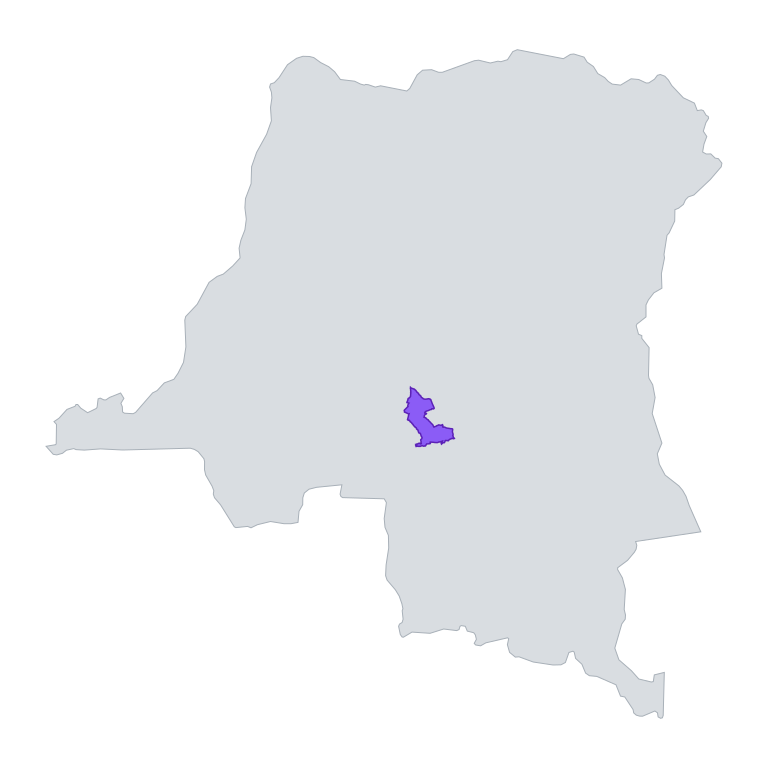 Dimbelenge, Kasaï-Occidental, Democratic Republic of the Congo shown in context
{"feature_id": "63176286B75664078742838", "entity_name": "Dimbelenge", "entity_type": "district", "adm_level": 2, "iso_a3": "COD", "parent_name": "Democratic Republic of the Congo", "parent_adm1": "Kasaï-Occidental", "projection": "orthographic", "projection_center": [22.979, -5.024], "detail": "fine", "context": "in_parent", "style": "filled", "palette": "violet", "viewbox_px": 768, "rotation_deg": 0, "n_neighbors": 0, "source": "geoboundaries", "source_scale": "gbopen_adm2", "svg_char_len": 9185}
<svg xmlns="http://www.w3.org/2000/svg" viewBox="0 0 768 768"><path d="M700.8,531.8L635.6,541.5L636.8,545.3L636.1,549.2L634.4,552.2L627.6,560.3L617.7,567.7L617.6,569.5L622.4,577.9L625.4,589.4L624.2,609.5L625.5,615.0L625.2,619.2L621.8,623.9L614.8,648.1L618.9,659.8L631.5,670.8L638.8,679.0L651.3,682.0L653.3,681.6L654.3,674.9L664.3,672.4L663.2,715.4L662.4,717.8L660.6,718.3L658.1,716.9L657.5,712.8L654.9,711.0L642.6,716.2L639.5,716.1L636.2,715.1L633.7,712.9L633.1,709.6L624.8,697.0L620.5,696.1L616.0,684.8L596.8,676.4L589.4,675.7L585.6,673.1L581.9,664.2L575.6,658.4L574.2,652.1L572.9,651.2L568.9,652.5L565.4,662.5L561.0,664.8L553.1,665.0L533.2,662.0L519.0,656.8L515.3,657.1L509.6,652.4L507.4,644.7L508.7,638.7L507.6,637.8L485.9,642.8L480.6,645.8L475.7,645.0L474.2,643.4L476.4,639.3L475.3,634.8L473.7,632.7L467.3,631.1L465.3,626.3L461.3,625.6L460.0,626.3L459.0,629.6L456.7,630.6L443.7,629.0L430.1,633.3L412.0,632.1L403.4,637.2L402.1,637.0L400.3,634.5L398.6,626.3L399.5,624.1L402.1,622.5L403.1,619.2L402.2,610.7L402.9,608.7L401.9,603.8L399.2,596.0L395.3,589.7L387.1,580.1L385.6,575.7L386.1,565.0L388.7,548.0L388.4,535.4L385.0,527.3L384.2,518.5L386.4,502.6L384.2,498.8L342.6,497.6L340.9,496.4L340.1,494.2L341.9,484.8L316.6,487.3L309.0,489.2L304.3,493.0L302.8,497.8L302.7,504.7L299.0,511.3L298.0,522.4L291.0,523.7L284.0,523.7L270.5,521.5L257.4,524.7L251.0,527.8L247.6,526.4L235.9,527.6L234.3,526.8L220.6,504.9L214.5,497.7L213.3,494.1L213.8,490.7L212.1,486.2L205.7,475.0L204.5,469.7L204.6,461.5L203.9,458.7L198.2,451.7L194.4,449.4L190.3,448.2L122.7,450.0L100.5,448.9L84.3,450.1L76.0,449.6L73.8,448.6L66.4,450.2L62.5,453.3L56.8,454.9L53.2,454.3L46.1,446.3L55.5,444.7L56.2,443.9L56.5,424.4L54.0,421.6L59.0,418.2L67.0,409.4L75.0,406.3L76.0,404.5L77.7,404.5L80.7,408.1L87.6,412.7L96.2,408.5L97.1,407.3L98.1,398.9L100.2,398.1L103.9,399.9L105.9,399.9L109.6,397.4L120.6,393.0L123.9,398.4L120.9,403.3L122.3,406.7L122.6,412.0L124.5,413.2L133.1,413.7L135.6,412.4L152.6,392.9L157.1,390.6L164.3,382.9L173.9,379.3L178.0,373.3L183.5,362.4L185.9,346.9L184.8,320.1L185.7,316.5L197.2,304.3L209.1,282.3L217.2,276.4L223.3,274.1L232.7,266.0L240.1,257.9L239.1,248.2L240.9,240.2L244.9,229.9L246.3,219.2L244.9,207.8L245.5,198.5L251.1,183.7L251.6,166.7L256.6,152.4L266.6,134.3L271.4,120.8L270.5,107.6L271.9,97.8L271.4,92.1L269.6,87.1L270.5,84.0L274.3,82.7L279.0,77.7L287.5,64.7L296.6,58.3L302.9,56.3L309.5,56.5L313.8,57.6L320.7,62.6L328.7,66.7L334.6,71.7L340.4,79.5L354.6,81.2L360.6,84.1L364.3,85.1L365.7,84.4L368.6,84.8L375.3,87.1L380.6,85.8L406.8,91.0L409.8,88.4L417.2,74.8L422.6,70.2L431.6,69.7L438.6,72.3L442.3,72.3L474.4,60.7L478.6,60.2L490.3,63.0L497.9,61.2L500.9,61.7L507.5,59.7L512.8,51.6L517.3,49.7L563.4,58.7L570.4,54.4L573.8,54.0L584.0,57.1L587.2,62.2L593.4,66.5L597.8,73.6L604.7,77.6L608.2,81.4L612.2,84.1L620.6,85.1L631.1,78.8L638.7,79.5L646.2,83.0L648.8,82.9L654.5,79.2L657.4,75.3L660.3,74.5L664.8,76.2L668.4,80.0L671.7,85.5L683.3,97.8L694.4,103.1L697.3,110.6L701.3,109.9L703.3,110.6L706.2,115.4L708.2,116.4L708.6,118.3L705.9,122.7L703.3,131.2L706.8,136.5L704.0,144.1L702.6,152.0L706.2,154.0L710.8,153.9L715.1,158.1L718.4,158.7L721.9,163.2L721.2,166.8L710.3,179.5L693.9,195.0L688.3,196.9L685.5,199.8L683.4,204.4L678.6,208.2L674.9,209.7L674.7,221.1L669.1,232.9L667.0,235.3L664.0,254.5L664.5,257.9L661.4,273.6L661.9,288.2L653.9,292.8L648.4,299.9L646.0,304.9L646.0,316.9L636.9,324.1L636.2,325.8L638.5,334.2L641.8,335.6L641.8,338.4L649.1,347.6L648.5,375.4L648.9,378.2L652.7,384.8L655.1,397.5L652.2,413.5L661.9,443.1L657.3,453.8L659.3,464.2L665.1,475.1L678.9,485.9L682.6,490.3L686.0,496.3L689.2,505.5L700.8,531.8Z" fill="#d9dde1" stroke="#a8b0b8" stroke-width="1"/><path d="M415.8,444.4L416.1,444.8L416.2,445.0L416.0,445.4L415.8,445.6L415.7,445.7L415.8,445.9L416.0,446.1L416.1,446.4L416.3,446.3L416.6,446.4L416.8,446.4L417.4,446.0L418.0,446.3L419.0,446.4L419.6,446.3L419.9,446.4L420.2,446.4L421.2,445.9L421.6,445.9L421.8,445.8L422.1,445.8L422.4,445.7L422.6,445.7L423.2,446.1L424.0,446.2L424.6,445.9L425.0,446.0L425.4,446.0L425.8,446.3L425.7,446.1L425.7,445.8L425.7,445.6L425.8,445.3L426.0,445.1L426.2,444.6L426.5,444.2L426.7,443.9L427.7,443.9L428.7,443.8L429.4,443.7L429.7,443.7L430.0,443.7L430.4,443.2L430.4,442.7L430.1,442.5L430.1,442.3L430.1,442.2L430.5,442.1L430.8,442.1L431.0,442.1L432.0,442.2L432.3,442.2L433.4,442.3L433.6,442.3L434.7,442.5L436.8,442.6L437.4,442.6L437.8,442.5L438.0,442.4L438.3,442.2L438.5,442.1L438.8,442.0L439.2,442.0L439.3,441.9L440.0,442.0L440.2,441.9L440.4,441.9L440.8,441.8L441.0,441.6L441.4,441.6L441.7,441.4L442.1,441.3L442.4,441.0L442.5,441.0L442.4,441.2L442.2,441.3L442.3,441.7L442.1,441.8L442.1,442.0L441.9,442.2L441.7,442.3L441.4,442.7L441.5,442.9L441.4,443.0L441.2,443.5L441.5,444.1L441.9,443.7L442.2,443.5L442.3,443.3L442.5,442.8L442.7,442.7L443.1,442.7L443.7,442.8L444.0,442.8L444.2,442.7L444.4,442.6L444.6,442.3L444.9,441.7L445.1,440.9L445.4,440.5L445.6,440.5L445.9,440.5L446.2,440.6L446.6,440.6L446.9,440.4L447.1,440.4L447.4,440.5L447.6,440.7L447.9,440.8L448.1,440.8L448.4,440.7L449.2,439.6L449.8,439.4L450.1,439.1L450.5,439.0L450.9,439.0L451.5,438.5L452.0,438.5L452.6,438.5L453.2,438.7L453.9,438.7L454.4,438.4L454.2,438.1L454.0,437.9L453.5,437.7L453.3,437.2L453.2,436.7L453.0,436.0L452.8,435.7L453.0,435.4L452.9,435.2L453.1,434.7L452.9,433.4L452.6,432.7L452.4,431.7L452.7,429.5L452.5,428.9L452.1,428.8L451.5,428.7L450.1,428.6L449.2,428.4L448.4,428.3L447.7,428.2L446.9,428.1L446.0,427.8L445.4,427.5L444.7,427.1L444.4,427.1L443.5,427.2L442.9,427.0L443.0,426.8L443.0,426.7L442.8,426.8L442.7,426.6L442.8,426.3L442.7,426.1L442.6,425.9L442.8,425.7L442.5,425.4L442.6,424.9L442.5,424.6L442.4,424.6L441.5,425.2L441.2,425.2L441.0,425.4L440.9,425.4L440.6,425.3L440.2,425.2L439.7,425.0L439.1,425.0L438.8,424.9L438.6,424.9L438.3,425.1L438.0,425.3L437.6,425.4L437.3,425.5L437.0,425.7L436.7,425.7L436.4,426.0L436.2,426.2L436.0,426.3L435.5,426.4L434.4,426.8L434.0,427.1L433.7,426.8L433.1,425.5L432.8,424.8L432.5,424.5L432.2,424.2L431.7,423.7L431.4,423.5L430.2,422.1L428.9,420.9L428.4,420.2L428.3,419.9L428.0,419.8L427.2,419.4L426.6,418.7L426.2,418.5L426.0,418.3L425.9,417.9L425.7,417.7L424.9,417.6L424.4,417.2L424.0,417.1L424.3,416.4L424.4,415.4L424.8,414.8L425.9,414.2L426.3,413.9L426.5,413.6L426.4,413.4L426.0,413.2L425.1,413.3L424.8,413.2L424.7,412.7L425.0,412.3L425.4,411.6L426.5,411.1L428.8,410.4L429.6,409.9L430.2,409.7L430.6,409.6L431.2,409.6L431.6,409.3L431.7,408.9L431.8,408.9L432.1,408.9L432.3,408.7L432.5,408.7L432.9,408.8L433.1,408.8L433.3,408.9L433.5,408.9L433.7,408.6L433.9,408.4L434.1,408.4L434.1,407.8L433.4,406.1L432.5,404.2L432.2,403.5L431.6,401.8L431.0,400.4L430.9,399.8L430.6,399.5L430.5,399.4L430.2,399.4L430.1,399.1L429.5,398.9L428.4,398.7L427.8,398.8L427.4,399.0L427.1,399.0L425.3,399.2L424.5,399.1L423.7,398.9L423.3,398.8L423.1,398.6L422.9,398.4L422.8,398.2L421.5,397.4L421.3,397.2L421.0,396.7L421.0,396.3L420.8,396.1L420.7,395.9L420.4,395.8L419.9,395.1L419.7,395.0L419.3,394.9L418.7,394.1L418.7,393.8L418.5,393.6L418.5,393.3L418.4,393.2L417.7,392.8L417.5,392.5L417.3,392.4L417.0,392.0L416.8,392.0L416.2,391.0L415.8,390.4L415.4,390.0L414.9,389.8L414.5,389.2L414.1,389.0L413.5,389.0L413.0,388.6L412.7,388.6L411.1,388.0L410.5,387.4L410.4,388.4L410.4,388.7L410.5,388.9L410.6,389.2L410.6,389.7L410.7,389.9L410.6,390.1L410.7,390.4L410.7,390.8L410.8,391.2L410.8,391.8L410.6,392.3L410.9,392.9L410.6,394.0L410.7,395.0L410.5,395.6L410.6,396.2L410.4,396.4L410.0,397.2L409.2,398.0L408.8,398.1L408.5,398.2L408.2,398.5L408.1,399.1L407.9,399.2L407.9,399.8L407.7,400.1L407.7,400.5L407.5,400.9L407.1,401.8L406.9,402.4L406.9,402.5L407.3,402.5L407.5,402.6L407.8,402.5L408.0,402.7L408.4,402.9L408.7,403.1L408.6,403.3L408.8,403.3L408.4,403.9L407.9,405.1L407.8,405.6L407.8,406.1L408.0,406.3L408.0,406.6L407.5,407.0L407.2,407.2L407.0,407.5L406.5,408.0L406.0,408.5L405.4,409.1L404.5,410.0L404.3,410.2L404.2,410.5L404.3,411.0L404.5,411.5L404.5,412.1L404.8,412.2L405.2,412.3L405.5,412.4L406.1,412.8L406.6,412.9L407.3,413.4L408.0,413.6L408.2,413.8L408.7,414.0L409.0,413.9L408.9,414.2L408.8,414.5L408.4,415.9L408.3,416.6L408.1,417.4L407.5,419.7L407.6,419.8L407.8,419.7L407.9,419.8L408.0,420.0L408.3,420.2L408.5,420.2L408.6,420.3L408.8,420.2L409.0,420.3L409.3,420.3L409.5,420.4L409.7,421.0L409.9,421.2L410.3,421.6L410.3,421.8L410.7,421.9L410.9,422.3L411.4,422.6L411.6,422.8L411.8,423.1L411.9,423.4L412.1,423.4L412.3,423.8L412.7,424.1L412.9,424.5L413.1,424.5L413.3,424.8L413.3,425.0L413.5,425.4L413.8,425.7L414.5,426.5L414.9,427.0L415.3,427.0L415.5,427.3L415.9,427.6L416.1,427.7L416.2,428.0L416.4,428.2L416.5,428.9L416.8,429.2L417.0,429.2L417.3,429.7L417.8,429.9L417.9,430.2L418.1,430.4L418.2,431.3L418.5,431.9L418.6,432.5L418.8,432.8L419.0,433.0L419.8,433.1L420.0,433.4L420.4,433.5L420.5,433.8L420.7,434.7L421.0,435.3L421.2,436.1L421.6,436.8L421.9,437.1L422.0,437.3L422.0,437.5L422.0,437.9L421.8,438.7L421.6,439.0L421.4,439.1L421.0,439.4L420.7,439.8L420.7,440.0L420.9,440.8L420.9,441.1L421.1,441.5L421.0,442.6L421.0,442.9L421.3,443.2L421.3,443.7L420.4,443.9L420.0,443.4L419.6,443.2L419.2,443.4L418.9,443.3L418.7,443.4L418.4,443.4L418.0,443.7L417.8,443.9L417.7,443.9L417.5,444.1L416.7,444.0L416.4,444.2L416.2,444.3L415.8,444.4Z" fill="#8b5cf6" stroke="#5b21b6" stroke-width="1.5"/></svg>